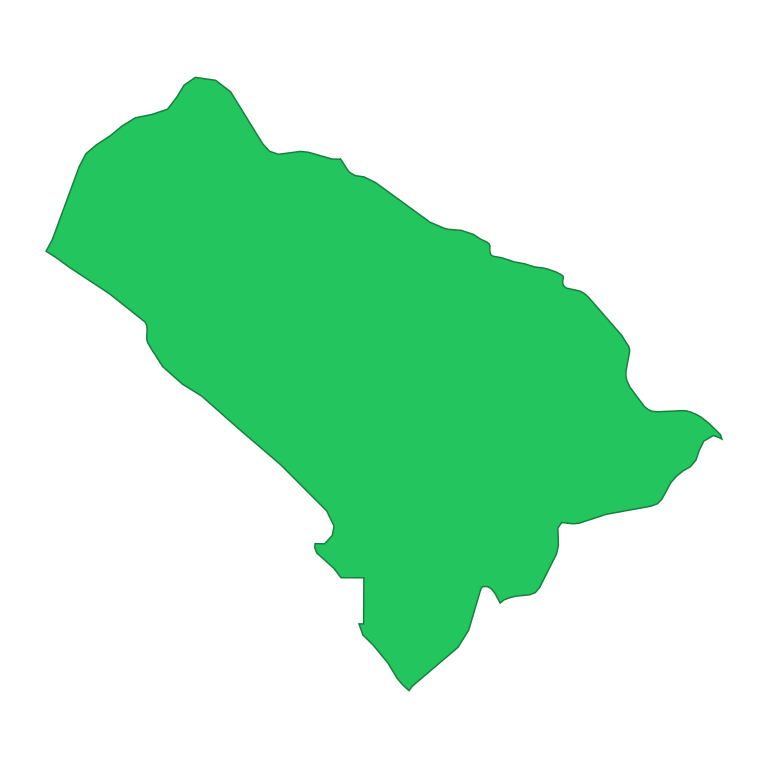 the border of Kouilou
{"feature_id": "COG-3343", "entity_name": "Kouilou", "entity_type": "Region", "adm_level": 1, "iso_a3": "COG", "parent_name": "Republic of the Congo", "parent_adm1": "", "projection": "albers", "projection_center": [12.097, -4.264], "detail": "fine", "context": "isolated", "style": "filled", "palette": "green", "viewbox_px": 768, "rotation_deg": 0, "n_neighbors": 0, "source": "natural_earth", "source_scale": "10m", "svg_char_len": 1920}
<svg xmlns="http://www.w3.org/2000/svg" viewBox="0 0 768 768"><path d="M721.9,439.1L719.0,437.6L713.4,435.5L703.8,441.1L699.2,450.5L695.9,460.2L690.4,466.7L683.1,470.9L676.5,476.2L670.8,482.7L662.0,499.0L657.6,503.7L651.2,506.1L606.3,514.3L578.7,523.3L572.7,523.8L561.7,522.5L557.9,528.1L558.4,545.5L556.5,554.0L539.6,587.6L535.3,592.6L529.6,594.8L515.8,596.2L509.7,597.7L503.8,600.0L500.2,603.1L495.1,593.6L491.5,588.9L487.6,586.6L482.8,586.6L481.0,588.5L468.7,630.1L458.0,647.3L412.4,686.1L409.0,690.6L402.8,685.0L397.2,678.4L388.0,663.1L372.8,644.7L362.9,635.0L359.0,623.9L363.6,623.9L363.9,577.8L341.0,577.7L333.9,568.4L316.7,552.9L314.8,547.8L315.1,543.7L324.6,543.8L332.3,535.4L334.1,526.2L326.7,510.9L280.7,464.8L238.7,428.8L201.7,396.1L182.5,384.2L162.6,366.6L154.9,354.3L153.0,351.7L147.7,342.8L146.7,338.9L147.1,329.9L146.7,325.3L145.1,322.1L109.4,293.7L69.8,267.6L56.2,257.7L46.1,251.2L52.4,239.4L79.2,166.6L85.9,153.8L96.4,144.8L110.2,135.8L122.3,125.8L135.3,117.8L152.0,114.4L167.5,109.2L176.5,97.6L184.1,85.1L195.3,77.4L215.6,80.3L230.6,91.8L262.8,143.9L269.6,151.3L278.4,154.3L300.5,151.4L308.6,152.3L331.9,159.0L339.5,159.2L340.5,158.8L348.6,171.5L351.4,173.5L355.2,175.6L364.0,176.9L375.7,182.7L430.1,222.3L444.3,228.3L448.0,229.3L461.3,230.4L473.4,234.4L480.5,239.1L487.0,242.1L489.2,244.0L489.9,245.8L489.8,250.7L490.2,253.2L491.2,255.2L493.5,256.3L501.9,257.8L514.2,261.9L524.7,263.8L534.5,267.0L542.2,267.8L547.5,269.0L556.3,272.1L560.7,274.4L563.0,276.1L563.3,277.1L563.2,278.7L562.7,281.1L562.8,283.8L564.1,286.4L566.5,288.1L580.3,291.2L584.6,293.7L588.2,296.9L621.9,335.6L626.0,342.4L628.6,346.1L629.5,349.1L629.6,351.8L626.0,371.1L625.9,374.1L626.1,377.4L627.0,380.8L630.0,387.3L644.3,406.4L647.9,409.3L651.3,411.0L654.4,411.5L657.4,411.8L683.4,410.6L687.0,411.0L691.1,412.2L697.1,414.9L701.5,417.4L709.2,423.6L720.4,434.6L721.9,439.1Z" fill="#22c55e" stroke="#15803d" stroke-width="1.5"/></svg>